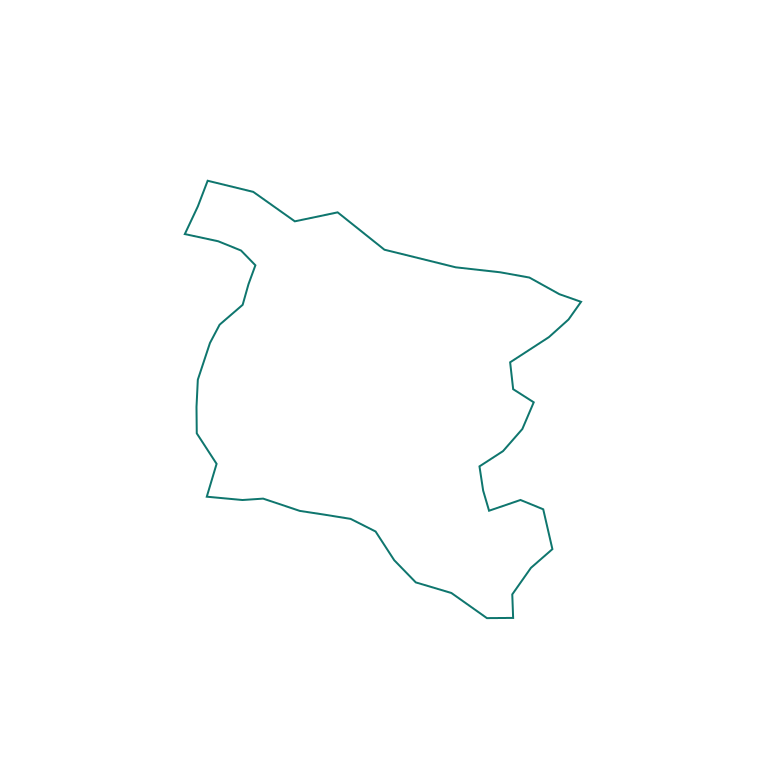 outline of Argaki, Cyprus, rotated 147°
{"feature_id": "46923920B73133986650844", "entity_name": "Argaki", "entity_type": "district", "adm_level": 2, "iso_a3": "CYP", "parent_name": "Cyprus", "parent_adm1": "", "projection": "mercator", "projection_center": [33.035, 35.188], "detail": "fine", "context": "isolated", "style": "outline", "palette": "teal", "viewbox_px": 768, "rotation_deg": 147, "n_neighbors": 0, "source": "geoboundaries", "source_scale": "gbopen_adm2", "svg_char_len": 778}
<svg xmlns="http://www.w3.org/2000/svg" viewBox="0 0 768 768"><g transform="rotate(147 384 384)"><path d="M389.0,616.3L421.2,650.5L443.3,634.4L469.4,618.2L445.3,594.0L431.2,573.8L427.2,553.6L443.3,541.5L459.4,527.4L489.5,523.3L507.6,513.2L537.8,489.0L553.8,466.8L567.9,444.6L567.9,408.2L594.0,386.0L565.9,363.8L547.8,353.7L523.7,323.4L505.6,307.3L485.5,289.1L471.4,264.9L471.4,230.6L465.4,200.3L441.3,172.0L425.2,131.6L403.1,117.5L391.0,137.7L360.9,149.8L332.7,153.8L318.7,192.2L332.7,212.4L364.9,220.5L358.9,240.6L348.8,262.9L320.7,262.9L292.5,270.9L268.4,287.1L278.5,309.3L266.4,333.5L220.2,333.5L194.1,337.6L174.0,345.6L188.0,363.8L204.1,394.1L225.7,414.4L260.3,442.8L310.5,496.4L329.4,553.2L370.2,569.0L389.0,616.3Z" fill="none" stroke="#0f766e" stroke-width="2"/></g></svg>